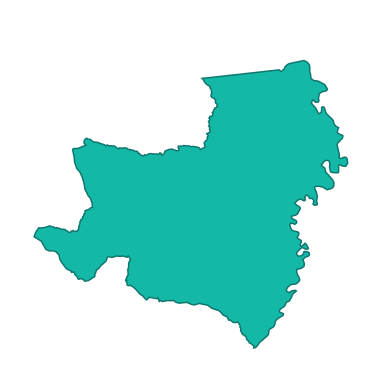 Tesalia, Huila, Colombia, rotated 278°
{"feature_id": "7082276B61077651934720", "entity_name": "Tesalia", "entity_type": "district", "adm_level": 2, "iso_a3": "COL", "parent_name": "Colombia", "parent_adm1": "Huila", "projection": "albers", "projection_center": [-75.696, 2.544], "detail": "fine", "context": "isolated", "style": "filled", "palette": "teal", "viewbox_px": 384, "rotation_deg": 278, "n_neighbors": 0, "source": "geoboundaries", "source_scale": "gbopen_adm2", "svg_char_len": 5988}
<svg xmlns="http://www.w3.org/2000/svg" viewBox="0 0 384 384"><g transform="rotate(278 192 192)"><path d="M325.1,261.4L305.9,186.2L305.0,187.5L302.8,189.0L300.6,191.5L299.2,194.9L297.4,195.4L296.8,196.4L293.7,197.6L289.7,197.4L288.5,198.4L287.9,200.7L286.3,202.5L283.8,202.7L282.1,204.9L279.1,204.6L278.5,203.0L277.2,202.9L276.7,202.2L274.5,201.9L273.5,201.0L272.1,201.9L271.3,201.5L270.1,201.6L269.4,200.3L269.5,199.3L267.4,198.6L267.1,199.4L265.2,199.4L264.3,198.5L262.6,199.5L260.2,199.8L259.3,199.4L258.6,200.8L256.5,200.5L255.4,201.4L253.9,201.7L253.4,200.6L252.8,200.4L252.1,199.2L252.2,198.7L251.6,198.4L250.7,199.9L250.0,200.3L248.5,199.4L247.6,199.9L245.3,199.3L244.4,198.3L242.3,197.2L238.6,198.5L237.8,198.2L236.6,196.1L235.0,194.6L236.5,193.3L237.1,191.7L237.3,187.0L236.7,185.0L237.3,181.8L236.8,180.7L236.9,177.4L235.6,174.9L235.9,174.0L235.5,172.1L233.9,172.1L232.4,173.4L231.4,173.0L230.9,172.2L230.6,171.2L231.1,170.1L230.9,169.1L231.8,166.4L230.7,162.8L228.6,159.5L226.1,159.3L224.3,157.2L226.0,155.8L226.3,154.8L225.1,154.5L224.4,150.3L224.3,145.8L223.6,143.6L221.8,141.2L222.3,139.9L221.2,139.2L221.1,137.6L221.8,135.4L222.6,135.0L222.8,133.5L223.6,133.3L224.7,131.8L224.3,130.2L225.0,128.6L225.5,124.2L225.3,122.9L226.5,120.9L225.4,113.7L224.8,113.4L224.7,112.3L226.7,108.9L226.4,103.8L226.1,102.8L226.7,101.8L226.3,100.6L225.7,100.2L226.6,98.8L227.3,94.3L227.7,93.6L227.5,92.5L228.0,91.9L227.9,87.8L228.8,85.5L229.9,84.3L229.9,81.2L230.6,80.3L230.1,79.7L228.7,78.4L227.3,78.1L225.5,78.3L223.6,80.3L219.2,72.9L218.7,69.1L218.1,68.2L217.1,68.0L209.8,70.6L205.2,71.6L198.9,74.9L196.2,78.2L190.9,81.5L185.2,84.0L180.1,85.5L173.5,90.0L171.9,92.0L167.2,94.6L163.1,95.5L161.9,93.5L160.4,92.2L158.7,88.8L156.4,89.0L155.0,88.0L153.6,88.1L151.8,87.0L150.2,87.3L149.3,85.9L148.1,85.9L147.2,85.2L145.4,85.4L141.9,84.7L139.5,84.9L137.1,83.5L136.9,82.1L136.4,81.6L137.3,79.6L136.5,78.6L136.4,77.8L135.0,77.3L134.7,76.7L135.3,74.7L136.1,74.1L136.2,72.8L137.2,71.5L137.2,69.3L136.7,67.8L137.6,65.9L137.4,64.4L138.0,63.1L137.1,62.1L137.8,60.9L138.6,55.6L136.6,51.7L135.4,47.9L135.2,45.2L130.2,42.8L125.7,41.9L122.4,49.5L114.7,55.4L113.8,59.1L114.4,63.2L114.1,65.3L111.1,69.0L106.4,70.9L104.4,72.5L98.6,78.2L96.7,83.6L95.6,83.8L96.4,86.4L93.9,87.5L92.0,90.3L90.1,91.2L89.9,92.3L90.7,93.6L90.5,95.3L90.3,96.3L88.8,98.3L89.9,101.8L94.8,107.5L97.3,107.2L98.1,107.7L101.7,108.4L102.8,109.9L107.6,112.8L108.1,113.6L111.8,116.6L115.3,117.2L116.5,118.2L116.0,121.9L118.1,126.0L118.3,130.2L118.9,131.8L118.9,134.0L118.3,136.4L118.6,137.1L119.8,137.6L118.5,139.2L115.6,140.6L114.3,139.5L112.7,139.2L108.5,139.7L106.3,139.2L101.9,140.2L100.5,140.1L98.3,139.1L96.9,139.2L95.5,138.4L95.0,138.6L95.1,139.7L93.7,139.6L92.3,140.6L90.8,140.7L90.4,141.8L90.9,143.9L89.9,146.8L87.5,150.3L83.8,154.4L82.3,157.6L79.2,161.2L78.9,162.1L81.8,164.5L81.5,172.4L82.5,173.1L79.1,174.8L80.2,175.7L79.4,177.8L81.1,182.9L81.4,186.5L82.1,188.6L80.6,191.4L80.1,194.7L82.0,202.1L80.5,207.7L80.7,210.5L82.6,214.5L82.1,223.4L79.7,227.6L78.2,235.2L76.3,238.2L74.7,239.4L73.3,244.0L70.2,246.2L70.5,247.9L68.8,250.4L68.7,251.3L68.6,252.9L69.6,255.2L69.4,255.6L66.8,258.0L64.7,258.4L63.5,259.4L61.3,259.5L57.8,262.2L57.7,263.3L57.0,263.9L56.9,264.8L56.3,265.6L53.2,267.0L52.3,268.8L50.6,269.7L50.0,271.7L47.9,274.9L46.2,274.8L46.8,276.6L49.5,278.5L52.2,279.7L59.9,286.5L61.7,287.5L65.7,287.5L66.9,287.9L69.7,291.4L71.6,292.3L76.0,292.7L78.6,294.6L82.6,299.5L84.2,299.4L85.4,295.3L86.5,294.8L88.6,296.1L91.8,299.6L95.8,300.8L97.7,303.6L102.3,305.4L103.8,305.5L105.5,306.4L108.5,309.1L109.0,308.4L108.4,305.6L107.0,303.2L106.0,302.5L105.9,301.8L107.1,299.5L108.0,299.1L109.1,299.2L111.2,300.1L113.7,302.4L114.4,303.6L115.3,307.4L116.7,309.2L119.4,310.9L121.6,310.4L124.8,308.0L127.2,306.7L130.0,306.7L131.7,310.9L133.8,313.2L136.5,313.3L140.5,311.3L143.2,313.2L144.8,316.3L146.1,317.1L148.2,316.5L149.1,313.9L148.6,312.6L148.7,311.3L145.3,310.6L143.7,308.4L143.4,306.0L143.7,305.4L145.2,304.2L146.7,304.1L152.0,308.2L152.2,310.1L151.2,312.1L151.2,312.9L151.7,314.8L152.5,315.1L155.8,312.7L156.9,311.4L156.7,310.7L155.2,309.8L153.7,308.1L153.8,306.8L155.5,306.4L157.3,307.3L158.8,307.1L159.3,306.8L160.5,303.5L161.9,302.4L163.7,303.4L166.1,303.7L167.3,302.1L167.4,298.6L168.4,295.9L171.7,293.9L173.3,293.4L174.7,294.0L175.0,296.4L174.2,298.2L175.7,299.7L177.0,299.9L178.2,299.1L179.7,294.5L181.3,293.8L182.3,294.7L183.4,297.6L184.6,299.3L190.3,301.5L191.1,301.5L192.1,300.8L194.3,296.2L195.1,295.3L198.4,297.6L199.8,299.6L200.0,301.3L198.9,303.8L199.1,304.9L200.4,305.3L203.2,304.3L204.5,305.5L204.9,306.7L203.4,308.4L202.2,309.1L202.0,310.1L202.4,311.7L200.9,313.5L200.3,313.8L196.9,313.6L195.9,315.1L196.6,317.5L197.6,317.8L200.6,316.6L204.2,316.8L205.6,316.5L209.1,315.2L212.9,312.8L213.9,312.7L214.9,314.3L215.3,316.4L215.1,320.9L213.0,325.4L215.0,329.8L216.3,331.0L217.6,331.5L220.2,331.4L221.7,330.9L223.8,329.4L230.3,321.7L234.3,320.1L236.1,316.6L237.3,316.4L237.6,317.1L240.5,318.4L242.0,320.3L242.1,323.1L240.0,324.4L235.5,324.8L231.6,326.2L231.0,327.0L230.8,329.8L231.5,334.2L232.4,334.4L237.7,333.6L239.2,333.8L239.6,334.3L238.7,337.4L238.7,339.9L239.2,340.9L242.4,342.1L246.6,340.9L247.8,339.5L247.6,337.8L245.8,334.7L246.4,332.9L246.9,332.6L248.8,333.0L259.3,328.9L261.1,329.7L266.1,333.4L268.2,333.7L269.0,333.3L269.7,330.4L270.5,328.4L271.4,327.6L273.9,327.7L276.0,328.3L277.4,324.9L278.3,323.9L280.2,322.7L282.1,322.1L283.5,320.8L288.1,314.4L289.6,313.3L293.7,311.5L294.4,310.7L294.5,309.1L293.6,308.6L291.0,309.0L288.7,308.8L287.3,307.0L287.4,306.3L292.7,302.5L296.1,298.2L298.2,298.0L299.8,298.8L299.9,299.8L298.1,301.7L298.4,303.8L299.0,304.8L300.5,304.9L302.1,304.2L307.3,304.4L309.5,307.3L310.8,310.8L311.5,311.4L312.3,311.7L313.2,311.5L316.8,308.5L319.3,301.8L319.4,296.7L321.1,294.0L325.1,293.0L327.3,291.9L333.1,291.0L334.6,290.3L336.7,287.8L337.8,284.6L332.6,270.3L331.4,268.7L328.9,266.7L326.8,266.3L323.9,263.7L323.8,263.1L325.1,261.4Z" fill="#14b8a6" stroke="#0f766e" stroke-width="1.5"/></g></svg>